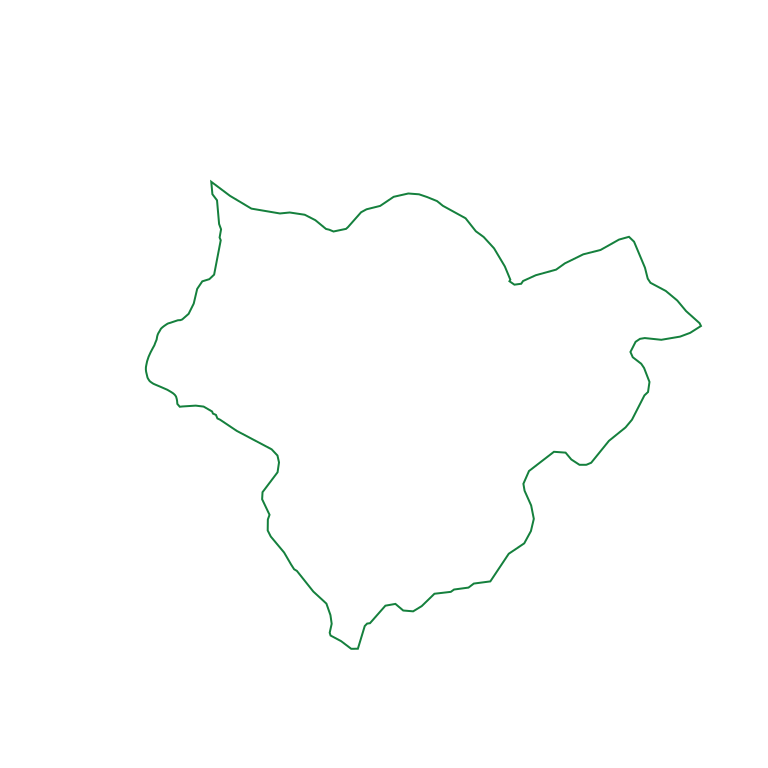 Cabañas, Zacapa, Guatemala, rotated 299°
{"feature_id": "79465075B64001111402492", "entity_name": "Cabañas", "entity_type": "district", "adm_level": 2, "iso_a3": "GTM", "parent_name": "Guatemala", "parent_adm1": "Zacapa", "projection": "equal_earth", "projection_center": [-89.781, 14.891], "detail": "fine", "context": "isolated", "style": "outline", "palette": "green", "viewbox_px": 768, "rotation_deg": 299, "n_neighbors": 0, "source": "geoboundaries", "source_scale": "gbopen_adm2", "svg_char_len": 2326}
<svg xmlns="http://www.w3.org/2000/svg" viewBox="0 0 768 768"><g transform="rotate(299 384 384)"><path d="M631.5,526.9L624.2,519.5L606.2,508.4L594.0,495.4L577.2,483.7L567.5,479.1L552.7,464.0L541.5,455.7L538.2,455.4L534.1,449.9L534.7,443.9L536.5,443.9L545.4,432.7L556.0,414.5L560.9,399.9L562.1,390.3L568.5,375.0L568.4,349.1L569.7,341.7L568.4,331.0L566.9,322.7L562.4,312.9L552.4,301.7L537.9,294.3L528.3,284.0L523.1,280.7L503.6,276.4L501.3,275.6L492.9,265.9L492.4,261.3L491.5,258.1L494.0,244.5L493.6,232.6L488.3,218.4L482.7,210.3L473.1,183.0L473.9,158.1L477.1,134.9L466.8,141.9L463.7,148.9L444.0,162.2L440.3,166.5L432.4,169.2L430.6,171.5L397.3,182.4L391.0,180.4L385.7,175.3L376.6,174.5L362.1,178.6L350.6,179.1L342.6,176.2L341.2,175.0L339.8,172.8L336.1,169.4L333.9,167.4L332.3,165.8L331.0,165.0L328.2,163.6L326.1,162.7L324.2,162.1L322.6,162.1L321.1,162.1L319.5,162.0L317.7,162.1L315.8,162.5L312.6,163.6L309.1,164.0L306.5,164.4L303.0,164.4L298.5,164.5L293.7,164.9L289.0,165.8L286.4,166.6L284.8,167.1L283.1,167.7L281.2,168.7L279.4,170.0L274.9,174.1L273.9,175.7L272.9,177.7L272.6,179.6L272.4,182.2L272.6,184.3L273.2,189.9L273.9,197.3L273.8,201.6L273.6,204.2L273.1,206.3L272.2,208.2L270.4,210.0L268.8,211.3L266.4,212.9L265.1,216.4L266.7,218.7L273.8,229.8L276.8,237.2L276.6,247.0L275.2,248.7L275.5,252.0L273.1,255.0L273.3,257.9L271.6,278.0L272.4,317.4L269.8,325.5L264.5,330.2L255.2,333.7L230.5,330.2L224.1,333.3L214.1,347.3L209.2,348.1L199.5,353.3L195.7,358.9L188.2,378.3L181.1,390.2L178.4,395.2L178.3,398.4L168.2,422.8L164.0,440.1L155.9,449.2L148.9,454.5L140.1,457.1L138.1,459.2L138.3,471.1L136.5,483.7L139.8,489.5L163.0,484.5L166.3,485.4L168.0,487.7L190.8,492.7L197.2,500.6L195.2,510.6L199.3,519.7L208.1,524.7L225.0,529.8L234.6,543.2L238.2,544.9L246.9,556.6L253.0,559.3L262.9,572.7L296.0,575.4L312.6,583.9L326.6,583.8L338.7,580.4L349.1,571.6L358.8,558.7L364.3,554.3L378.2,553.0L407.1,565.5L412.0,576.1L408.8,584.4L408.1,594.1L411.5,600.2L415.6,603.4L443.4,608.3L463.1,616.3L473.0,618.2L500.3,617.3L505.0,618.8L514.5,615.2L524.1,603.7L526.4,599.2L528.0,588.6L531.5,584.0L542.9,583.6L547.6,586.0L550.6,589.8L557.1,605.1L569.0,620.0L577.2,627.0L588.4,633.1L590.2,630.5L594.2,612.9L599.2,600.0L602.0,585.3L601.7,568.0L604.0,563.6L605.9,561.8L612.2,555.9L629.7,533.7L631.5,526.9Z" fill="none" stroke="#15803d" stroke-width="2"/></g></svg>